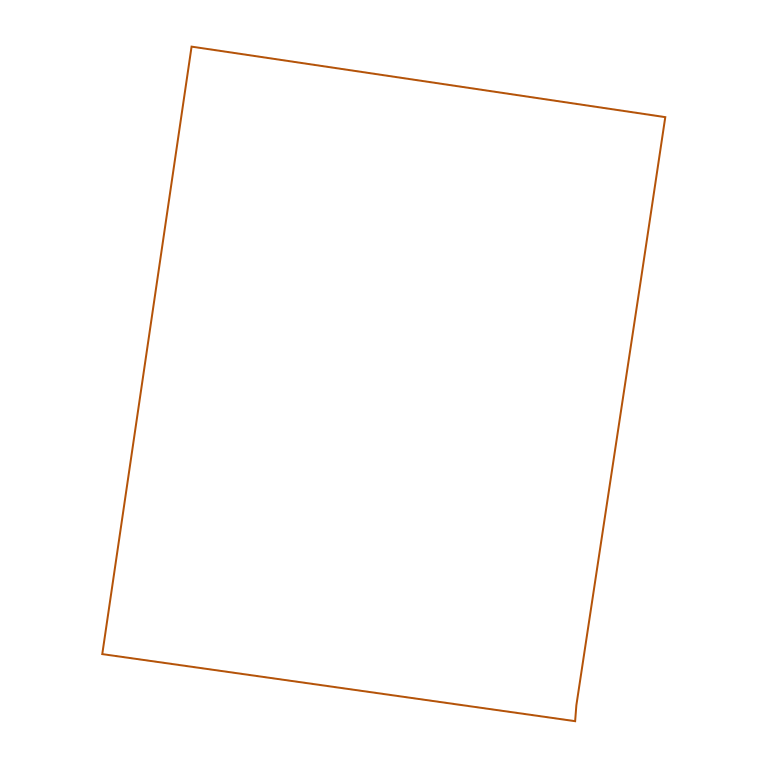 Coke, Texas, United States of America (Mercator projection), rotated 98°
{"feature_id": "52423323B55584027344898", "entity_name": "Coke", "entity_type": "district", "adm_level": 2, "iso_a3": "USA", "parent_name": "United States of America", "parent_adm1": "Texas", "projection": "mercator", "projection_center": [-100.528, 31.89], "detail": "fine", "context": "isolated", "style": "outline", "palette": "amber", "viewbox_px": 768, "rotation_deg": 98, "n_neighbors": 0, "source": "geoboundaries", "source_scale": "gbopen_adm2", "svg_char_len": 247}
<svg xmlns="http://www.w3.org/2000/svg" viewBox="0 0 768 768"><g transform="rotate(98 384 384)"><path d="M243.3,144.1L80.6,142.6L76.7,621.5L690.7,625.4L691.3,147.8L675.4,148.8L243.3,144.1Z" fill="none" stroke="#b45309" stroke-width="2"/></g></svg>